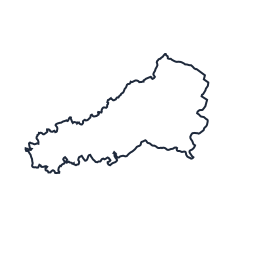 outline of Edéia, Goiás, Brazil, rotated 37°
{"feature_id": "56859067B71321794854709", "entity_name": "Edéia", "entity_type": "district", "adm_level": 2, "iso_a3": "BRA", "parent_name": "Brazil", "parent_adm1": "Goiás", "projection": "albers", "projection_center": [-49.992, -17.506], "detail": "fine", "context": "isolated", "style": "outline", "palette": "slate", "viewbox_px": 256, "rotation_deg": 37, "n_neighbors": 0, "source": "geoboundaries", "source_scale": "gbopen_adm2", "svg_char_len": 5839}
<svg xmlns="http://www.w3.org/2000/svg" viewBox="0 0 256 256"><g transform="rotate(37 128 128)"><path d="M75.1,155.3L75.7,158.3L75.3,159.0L74.3,158.9L73.0,160.9L72.3,161.7L71.4,164.0L70.4,164.9L69.2,166.5L68.8,167.2L68.3,168.2L68.4,169.3L69.5,169.7L70.7,170.0L71.5,170.5L72.1,171.2L73.2,173.5L73.0,174.4L72.4,175.1L71.7,174.7L70.9,174.5L70.4,175.2L70.1,176.3L68.8,177.2L67.7,177.3L66.9,176.8L65.6,176.8L64.2,177.8L64.6,178.5L65.5,178.9L65.8,179.7L65.5,180.9L65.1,182.3L64.6,183.7L63.8,184.1L62.4,183.9L61.1,184.3L60.6,185.1L59.8,185.5L60.4,186.5L60.3,187.4L59.9,188.1L60.4,188.9L60.4,190.0L61.0,191.1L61.8,191.6L62.8,191.7L63.6,192.1L64.5,192.7L65.1,193.3L65.9,194.5L64.6,195.0L63.9,196.3L63.1,197.3L62.2,197.6L61.0,197.8L59.8,198.4L58.5,198.6L58.2,199.8L59.3,201.0L60.9,202.4L61.8,203.0L62.8,203.0L63.6,202.6L63.6,204.0L62.3,204.8L61.4,205.0L60.4,205.0L59.5,205.5L58.5,205.8L59.0,206.6L60.5,207.6L61.4,206.9L62.4,206.6L63.4,206.9L64.6,207.5L66.3,208.0L67.8,209.2L69.1,210.0L70.0,210.5L70.9,211.5L72.0,212.6L72.8,213.2L73.3,213.9L73.9,215.5L74.7,216.3L75.7,216.4L76.7,215.9L77.9,214.9L79.1,214.5L80.0,213.6L79.4,210.7L80.9,210.5L81.7,211.1L82.7,210.9L84.1,209.6L84.7,208.6L85.6,207.8L86.8,207.6L86.8,208.9L86.4,209.9L87.4,211.1L88.4,211.2L89.3,210.6L90.1,210.8L91.2,211.4L92.0,210.7L92.8,210.1L92.8,209.0L93.1,207.7L93.5,206.9L94.9,206.7L96.1,207.2L96.9,207.7L97.9,207.1L98.9,206.1L100.0,205.2L99.5,204.3L98.6,204.2L97.7,203.6L97.2,202.6L96.6,201.3L96.6,200.0L96.6,199.1L97.4,198.8L97.2,197.4L97.7,196.0L98.4,194.8L98.1,193.4L97.2,192.8L96.2,192.5L95.1,192.0L94.9,191.2L94.9,190.3L95.3,189.2L97.4,189.6L98.5,190.0L98.7,191.7L99.8,192.6L100.4,191.8L100.9,190.5L102.3,190.6L103.3,190.0L104.1,189.7L105.0,190.1L105.7,189.7L105.9,188.8L106.6,189.5L107.9,189.2L108.8,189.0L109.3,187.9L110.3,186.8L110.0,185.5L109.2,184.2L107.5,183.5L106.9,182.2L106.5,180.9L107.8,178.1L110.3,179.1L112.0,179.6L113.5,179.9L114.2,178.9L114.3,177.8L114.0,176.6L113.2,174.2L113.3,173.0L114.0,172.2L115.9,173.1L117.0,173.4L118.5,174.0L119.5,174.2L120.8,174.2L122.5,174.6L124.1,173.8L124.6,172.5L126.0,171.4L126.1,170.2L125.8,169.4L126.0,168.3L126.7,167.3L128.0,167.2L128.7,166.1L129.0,165.0L129.5,163.8L130.8,163.6L131.6,164.0L132.6,164.0L133.4,164.4L133.4,165.7L132.8,166.6L132.3,167.5L132.9,168.3L134.3,168.9L135.1,168.8L136.1,168.5L136.6,166.1L137.0,165.1L138.3,163.1L138.7,161.9L138.8,161.0L138.6,160.2L137.6,159.7L135.9,159.3L135.1,158.9L134.3,158.6L133.2,157.5L132.7,155.8L133.5,155.8L134.3,156.6L135.3,157.4L136.6,157.7L137.7,157.7L138.5,157.0L138.7,155.8L139.3,154.8L140.8,153.1L143.0,152.2L143.9,151.2L144.2,148.2L144.8,145.8L145.3,144.8L145.8,143.3L146.3,141.0L146.4,139.6L146.4,137.8L147.1,136.4L147.9,135.3L148.2,134.0L147.9,133.0L147.4,132.2L147.2,131.0L148.0,129.8L149.2,127.4L150.2,127.3L152.2,128.0L153.1,127.9L154.1,127.4L155.2,127.2L157.4,127.4L158.5,127.1L159.7,126.2L161.5,125.9L162.5,125.9L163.4,126.0L164.4,125.6L165.5,124.8L166.2,123.9L167.2,123.6L167.7,122.8L168.5,122.2L169.5,121.8L170.6,121.7L171.7,121.8L172.5,121.7L173.3,121.3L174.0,120.5L174.8,119.1L176.0,117.9L176.6,117.0L176.9,115.8L177.5,115.2L178.2,114.6L179.2,114.5L179.6,115.6L180.6,116.4L181.7,116.3L183.1,115.3L185.5,114.7L186.4,113.7L187.2,112.9L188.2,112.5L189.4,113.2L190.5,114.3L192.5,115.1L194.1,115.0L195.2,114.6L196.4,114.6L197.3,114.1L197.8,113.0L197.8,112.0L196.2,112.0L194.2,111.3L192.6,110.8L191.6,110.2L191.1,109.5L191.1,108.7L191.5,107.8L192.1,106.8L192.3,105.9L192.5,104.9L192.5,103.8L192.3,102.4L192.0,101.5L190.6,101.6L189.7,101.4L187.6,100.0L186.5,99.5L185.3,99.2L183.9,98.5L183.0,97.4L182.5,95.0L182.6,93.4L184.1,91.9L185.5,91.1L186.7,90.3L187.8,90.0L188.4,89.0L188.7,87.8L189.7,84.3L189.4,83.4L189.0,82.5L189.1,81.0L189.4,79.7L189.3,78.5L189.0,77.5L188.6,76.7L188.2,75.8L187.4,74.3L186.4,73.6L185.1,73.8L182.0,73.6L179.4,74.9L177.8,74.8L176.8,74.5L175.6,74.6L174.3,74.6L173.8,73.2L173.9,72.3L174.2,71.2L174.6,70.4L175.8,69.5L176.6,68.7L176.7,66.8L176.7,65.1L176.6,63.7L176.1,62.7L175.6,61.3L175.2,60.5L174.8,59.3L174.2,57.9L167.7,58.4L167.1,57.0L167.6,55.6L167.4,53.5L167.2,51.4L166.5,49.6L166.5,47.8L166.4,46.3L165.3,44.2L164.7,43.3L159.3,43.5L157.7,39.6L147.3,39.7L146.6,40.3L145.0,40.5L142.9,40.1L140.7,39.9L139.0,41.0L136.8,41.8L135.4,42.8L133.8,42.8L131.9,43.1L130.4,43.5L128.4,44.7L127.1,45.9L125.9,46.4L124.6,46.7L122.0,47.1L120.5,47.0L119.3,48.0L117.9,48.4L116.6,46.9L114.7,46.9L113.6,46.2L113.0,46.7L112.8,48.9L112.9,50.0L112.2,52.1L112.2,53.2L111.5,53.9L111.1,54.9L111.2,55.9L111.0,57.1L111.5,58.3L112.4,58.9L113.7,60.1L114.0,61.2L114.3,62.6L114.4,64.0L115.2,66.2L115.3,67.8L115.6,69.2L116.2,70.1L118.7,71.0L118.7,72.5L118.1,74.0L116.9,74.1L116.2,73.4L115.3,73.5L114.5,74.8L112.7,77.9L112.4,79.3L111.9,80.4L112.5,81.6L111.6,82.2L111.2,83.1L110.4,83.7L109.4,84.6L108.1,84.3L106.6,84.7L105.6,85.3L105.0,86.1L103.8,88.6L103.2,89.2L102.3,89.4L102.7,90.5L102.7,91.6L102.1,92.4L101.4,93.1L101.2,94.2L101.8,96.0L102.0,97.5L101.8,98.6L102.7,101.7L102.7,103.0L102.3,103.8L102.0,105.1L102.3,106.0L101.8,107.4L102.0,109.4L101.0,110.0L100.8,111.2L101.0,112.5L100.0,114.4L99.3,114.8L98.2,114.6L97.1,114.9L96.4,114.5L95.9,116.0L95.7,117.2L95.2,117.8L96.0,119.9L97.0,119.8L97.6,120.9L97.5,122.0L98.6,123.7L98.4,125.0L97.1,125.6L96.1,126.3L95.8,127.3L95.9,128.6L96.3,129.8L97.1,130.6L97.4,131.6L95.8,132.4L94.6,133.1L94.9,133.9L96.1,134.0L96.4,135.2L95.9,136.2L95.7,137.3L95.1,137.9L94.5,138.7L93.7,139.4L92.9,139.6L91.1,139.1L90.6,140.2L91.6,142.4L91.3,143.6L91.2,144.9L91.0,145.7L90.6,146.5L89.7,147.4L88.6,147.4L88.1,148.7L88.0,149.7L88.7,150.4L89.1,151.2L89.1,152.8L88.5,153.4L86.8,153.7L85.5,153.1L85.0,154.0L84.7,154.9L84.1,154.2L83.5,154.8L81.8,155.4L81.2,155.9L80.9,157.2L79.6,156.7L78.7,156.1L77.4,155.3L76.5,154.9L76.1,154.0L75.3,154.3L75.1,155.3ZM132.7,155.8L131.6,156.5L131.5,155.6L132.7,155.8Z" fill="none" stroke="#1e293b" stroke-width="2"/></g></svg>